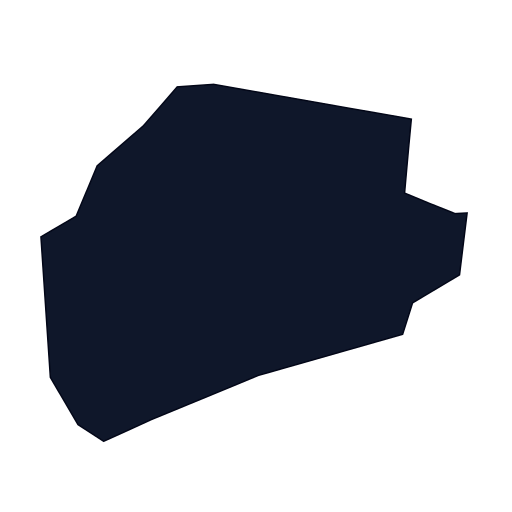 Terschelling, Netherlands (Mercator projection), rotated 176°
{"feature_id": "6326949B18188251014258", "entity_name": "Terschelling", "entity_type": "district", "adm_level": 2, "iso_a3": "NLD", "parent_name": "Netherlands", "parent_adm1": "", "projection": "mercator", "projection_center": [5.382, 53.344], "detail": "fine", "context": "isolated", "style": "filled", "palette": "ink", "viewbox_px": 512, "rotation_deg": 176, "n_neighbors": 0, "source": "geoboundaries", "source_scale": "gbopen_adm2", "svg_char_len": 734}
<svg xmlns="http://www.w3.org/2000/svg" viewBox="0 0 512 512"><g transform="rotate(176 256 256)"><path d="M420.9,81.8L390.2,93.2L371.9,100.1L335.2,112.3L298.5,124.5L261.8,136.8L250.1,139.2L237.0,142.0L176.3,154.8L115.2,167.7L103.1,198.3L92.1,203.9L54.3,223.0L47.8,256.5L42.4,284.2L54.5,284.4L73.3,293.5L79.6,296.5L103.4,308.4L99.5,332.9L95.9,355.2L91.5,381.7L121.9,389.3L152.4,396.8L188.9,405.9L225.4,415.0L255.9,422.6L286.3,430.2L322.8,430.2L341.0,411.9L359.3,393.7L383.7,375.4L390.8,370.1L408.1,357.1L420.3,332.7L420.6,332.2L432.6,308.3L444.8,302.2L457.0,296.2L469.2,290.1L469.3,254.9L469.4,219.8L469.5,184.6L469.6,149.3L462.1,134.1L461.1,132.2L445.3,100.2L420.9,81.8Z" fill="#0f172a" stroke="#020617" stroke-width="1.5"/></g></svg>